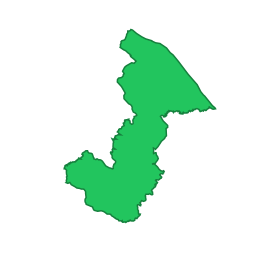 Cape Coast Metropolitan, Central, Ghana (Albers equal-area conic projection), rotated 234°
{"feature_id": "2480657B31989943834082", "entity_name": "Cape Coast Metropolitan", "entity_type": "district", "adm_level": 2, "iso_a3": "GHA", "parent_name": "Ghana", "parent_adm1": "Central", "projection": "albers", "projection_center": [-1.304, 5.176], "detail": "fine", "context": "isolated", "style": "filled", "palette": "green", "viewbox_px": 256, "rotation_deg": 234, "n_neighbors": 0, "source": "geoboundaries", "source_scale": "gbopen_adm2", "svg_char_len": 5796}
<svg xmlns="http://www.w3.org/2000/svg" viewBox="0 0 256 256"><g transform="rotate(234 128 128)"><path d="M50.4,86.3L51.1,87.3L52.0,86.0L52.5,86.1L52.7,86.5L53.7,86.8L54.8,87.7L56.6,88.0L58.2,89.3L59.5,89.7L60.2,90.4L60.2,90.8L59.7,91.5L57.9,92.2L57.7,92.5L58.5,93.5L60.5,93.7L60.5,94.6L61.2,96.0L61.2,96.5L59.9,97.1L59.5,97.5L59.0,99.6L59.9,100.7L60.9,101.0L62.3,102.0L62.9,102.0L63.9,103.6L62.3,105.6L62.1,107.0L60.4,107.6L59.8,108.3L59.8,109.0L61.8,110.2L62.3,109.9L63.0,110.4L63.6,110.3L64.2,111.5L64.1,113.2L64.7,114.1L64.4,114.7L64.4,115.6L65.3,116.9L65.9,116.3L66.3,116.5L66.6,117.3L66.1,117.9L66.1,118.8L66.7,119.9L67.8,119.4L68.6,119.7L69.5,119.6L69.6,120.3L69.3,120.8L68.0,122.0L68.0,123.6L68.2,124.4L67.9,125.4L68.4,126.3L68.7,126.1L69.2,126.3L70.0,126.2L70.7,126.3L71.1,126.0L71.7,126.3L71.7,127.8L71.2,128.6L70.6,128.8L70.4,129.3L70.9,129.6L70.8,130.5L71.5,131.1L71.5,131.6L72.5,131.7L72.7,130.6L74.0,129.5L76.3,128.9L79.2,129.0L83.0,128.3L83.7,127.8L84.6,126.2L84.4,127.5L83.4,129.1L83.4,129.5L84.1,131.0L84.5,132.8L85.1,133.6L85.3,134.4L87.7,135.2L89.1,135.0L91.6,136.1L92.0,135.5L92.3,133.7L93.5,134.4L94.2,135.2L96.8,136.8L95.0,137.7L94.6,137.7L95.3,141.2L97.3,146.5L97.6,146.8L98.0,151.4L98.8,152.8L99.1,154.5L105.2,158.5L105.2,160.5L106.8,161.6L113.0,160.6L118.4,161.1L118.5,162.5L118.3,163.0L116.7,164.0L116.2,163.5L116.0,164.2L115.4,164.3L115.4,164.8L115.8,165.0L115.3,165.4L115.4,166.0L116.0,165.7L115.8,166.5L117.3,166.3L117.2,166.7L116.6,167.1L116.5,167.7L116.5,167.9L117.0,167.7L117.4,168.1L117.5,168.5L117.0,169.4L117.2,169.8L117.8,169.2L118.0,169.5L117.8,170.7L118.1,171.3L117.4,171.7L116.9,171.5L116.9,172.4L115.0,174.0L114.1,173.9L114.7,174.7L113.9,174.9L113.4,176.2L113.3,177.5L112.5,178.1L112.0,178.0L111.8,179.3L111.0,179.4L110.6,179.0L110.1,179.4L109.8,178.3L109.2,178.4L108.9,179.2L108.2,179.2L107.9,180.0L107.6,180.1L107.4,180.3L108.0,180.4L108.1,180.7L107.8,181.3L108.1,181.8L107.4,181.7L107.4,182.3L106.9,182.5L105.6,184.4L105.8,184.6L105.2,185.4L105.4,186.3L106.0,186.9L105.9,187.9L105.4,187.8L105.1,188.3L104.6,188.3L104.8,189.1L104.2,189.7L104.6,190.8L103.8,190.5L103.8,191.6L104.3,192.3L103.5,193.2L103.7,193.6L103.6,193.8L103.7,194.1L103.3,194.6L103.2,195.2L101.2,196.4L100.5,196.3L100.1,196.0L98.9,196.1L99.0,196.7L98.4,197.4L98.3,198.6L97.4,199.0L97.9,200.0L97.8,200.4L97.3,200.9L96.7,200.9L96.3,201.6L96.7,203.3L96.4,205.1L97.3,205.9L97.1,206.3L96.7,206.2L95.5,206.6L95.0,207.0L93.9,207.3L93.0,208.2L92.1,210.1L93.3,210.2L96.5,209.4L108.7,208.8L110.4,208.4L114.6,208.2L122.3,209.4L136.1,208.2L152.0,207.9L160.7,207.4L164.2,206.4L170.1,206.2L177.6,203.5L180.7,200.4L184.5,198.3L184.7,198.5L189.7,194.7L193.7,192.7L199.4,190.5L204.6,189.2L206.0,188.2L205.5,187.2L205.7,186.0L206.6,184.8L205.3,183.9L204.5,181.9L203.6,181.1L201.6,178.0L201.4,177.4L201.4,176.6L202.2,174.3L201.9,173.0L200.7,172.4L200.0,170.9L198.5,170.0L197.9,169.0L193.7,170.5L192.0,171.5L188.5,172.2L186.5,172.9L185.9,172.6L185.1,173.1L184.7,172.9L184.7,172.3L184.1,172.2L180.5,173.2L177.4,173.8L176.7,171.1L178.6,169.3L179.3,163.2L179.1,161.0L177.1,157.0L174.2,156.8L173.9,155.5L172.9,154.6L172.6,152.5L173.9,149.7L173.4,148.0L171.5,146.4L165.3,147.1L157.8,146.3L156.6,143.7L154.0,142.0L147.2,142.8L145.4,143.8L143.6,143.9L142.3,143.6L140.9,142.4L137.8,141.7L135.8,142.7L134.0,142.9L133.0,142.4L133.4,140.2L133.7,139.7L132.4,138.8L132.1,137.5L131.3,136.4L128.9,135.1L128.5,134.3L128.6,133.7L128.9,133.1L131.0,132.6L131.8,133.3L132.7,133.7L133.9,133.1L134.6,133.9L135.0,133.3L134.5,132.8L135.4,131.9L136.2,130.3L135.6,130.2L135.8,129.6L135.2,129.5L134.9,128.6L134.2,128.2L134.7,127.1L134.5,126.9L132.1,126.3L132.6,124.1L131.4,122.3L131.5,121.8L132.1,121.1L132.3,120.2L132.2,119.6L131.4,118.9L131.5,118.4L131.1,117.1L130.6,117.4L128.9,117.4L126.7,118.2L128.4,116.1L128.5,114.3L128.9,113.8L129.0,112.9L128.2,112.5L128.3,111.8L127.7,111.3L125.8,112.1L126.8,110.5L127.6,109.9L127.6,109.7L127.1,109.5L128.5,108.8L127.5,108.6L127.1,108.8L124.9,108.0L124.5,107.2L121.3,104.6L120.4,104.6L118.4,105.3L119.0,104.3L119.8,104.5L120.4,103.9L119.7,102.4L118.2,102.0L117.3,100.9L117.3,100.7L118.6,100.3L118.7,100.0L118.4,99.4L116.8,99.0L116.2,99.1L115.0,99.0L113.3,97.7L111.8,97.7L108.8,98.5L108.2,98.3L107.8,98.1L106.8,96.4L107.0,95.4L105.2,93.0L103.9,92.3L104.1,91.3L105.6,90.5L106.7,89.4L110.5,87.7L116.2,87.8L118.1,87.2L119.0,86.4L119.4,85.6L121.3,84.8L121.3,83.5L123.2,82.2L123.8,82.8L124.8,82.8L126.8,83.5L128.3,83.8L129.2,83.3L130.5,81.8L132.0,81.5L133.4,81.9L134.3,80.6L134.4,79.8L134.1,79.2L134.4,77.7L134.4,76.3L133.7,75.3L133.0,75.9L132.0,75.5L131.8,75.1L132.1,74.9L131.5,73.7L131.8,72.9L131.3,71.8L130.4,71.8L131.2,70.9L131.7,71.2L132.7,70.4L132.0,69.3L132.1,67.2L131.9,67.2L132.0,66.6L131.6,66.1L131.6,65.3L132.2,64.8L132.3,64.3L133.1,63.2L133.0,62.9L133.1,62.0L134.0,61.6L134.0,60.8L133.3,60.3L133.2,59.8L133.9,60.0L134.2,59.8L134.2,58.5L133.8,58.1L134.1,57.6L134.0,57.3L133.6,57.5L133.2,56.9L133.7,56.8L133.8,56.4L134.1,56.8L134.4,56.7L134.6,55.0L133.6,54.1L133.5,53.5L132.5,52.4L131.7,53.3L129.8,53.4L128.8,52.4L126.7,51.1L124.8,50.5L124.6,49.5L122.7,48.6L122.0,47.4L120.2,46.3L120.2,45.8L118.6,46.8L118.1,48.9L115.5,48.8L111.4,50.7L109.6,51.3L107.5,53.4L106.1,54.3L104.8,56.0L104.1,56.4L101.8,56.4L100.9,56.0L100.4,55.5L96.3,53.2L95.8,51.8L95.0,50.9L93.4,49.9L91.7,49.7L90.8,49.3L85.0,52.9L82.8,52.3L81.7,52.2L81.1,52.4L78.5,54.5L76.8,57.7L75.1,59.0L73.6,59.7L70.7,60.5L69.0,62.7L68.2,63.3L67.4,63.1L65.8,63.4L65.1,63.9L63.1,64.4L62.8,64.8L62.3,64.7L61.2,65.1L59.7,66.3L58.5,66.0L58.0,66.4L57.2,67.6L56.8,67.8L56.5,68.8L55.9,68.2L55.5,68.5L55.3,68.2L54.9,68.3L53.6,70.6L52.9,70.7L52.8,73.0L52.2,73.4L52.1,73.9L52.4,74.5L52.0,74.7L52.2,75.6L51.1,75.8L49.6,77.7L49.4,79.2L50.7,80.6L50.7,81.1L49.5,81.9L50.2,84.0L50.4,86.3Z" fill="#22c55e" stroke="#15803d" stroke-width="1.5"/></g></svg>